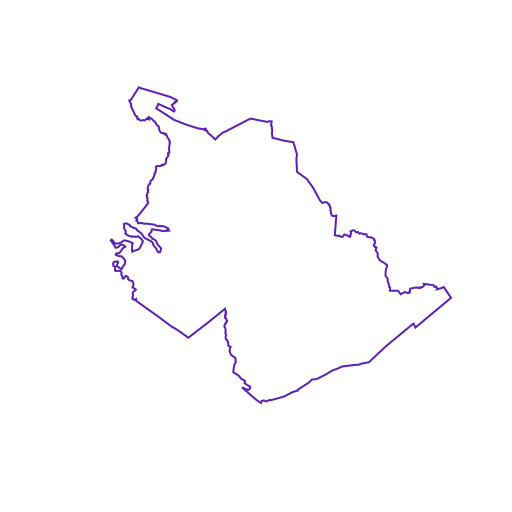 outline of Epitacio Huerta, Michoacán, Mexico, rotated 121°
{"feature_id": "50627088B38339693807546", "entity_name": "Epitacio Huerta", "entity_type": "district", "adm_level": 2, "iso_a3": "MEX", "parent_name": "Mexico", "parent_adm1": "Michoacán", "projection": "albers", "projection_center": [-100.284, 20.143], "detail": "fine", "context": "isolated", "style": "outline", "palette": "violet", "viewbox_px": 512, "rotation_deg": 121, "n_neighbors": 0, "source": "geoboundaries", "source_scale": "gbopen_adm2", "svg_char_len": 6147}
<svg xmlns="http://www.w3.org/2000/svg" viewBox="0 0 512 512"><g transform="rotate(121 256 256)"><path d="M171.7,442.2L171.8,443.3L186.8,443.7L188.0,444.7L190.3,441.1L192.1,440.2L197.4,432.2L197.9,431.0L197.5,430.2L199.4,428.4L198.6,428.2L199.5,425.8L198.8,423.8L197.6,422.7L197.2,421.3L193.3,419.9L194.5,419.5L193.7,418.7L193.9,418.0L192.2,418.4L192.2,415.5L193.1,412.8L192.8,412.4L192.9,411.6L194.2,409.8L195.0,407.6L195.0,406.2L197.8,403.7L198.8,402.2L199.2,400.7L197.9,396.8L198.7,397.1L198.8,396.8L198.5,396.0L198.7,394.4L199.9,393.1L200.8,390.9L202.3,389.0L202.9,388.7L202.8,388.4L208.5,386.0L211.9,383.5L212.9,384.4L214.1,383.8L214.2,383.2L215.9,382.8L219.5,382.9L221.6,381.5L223.4,381.2L225.7,382.2L225.7,383.0L226.7,383.1L226.9,383.9L228.0,384.1L228.6,384.6L229.2,386.4L230.9,387.8L231.6,387.5L232.1,386.8L233.1,386.2L234.3,386.2L235.1,385.4L235.5,385.6L236.7,385.1L237.5,385.6L238.3,384.9L240.3,384.6L240.9,384.3L242.1,384.4L242.9,384.1L244.3,384.4L245.0,384.9L247.0,384.7L248.5,383.9L249.5,384.6L251.3,384.5L254.2,383.6L254.8,382.9L254.8,382.4L255.6,382.3L256.4,381.5L256.6,381.7L260.2,381.0L260.3,380.5L260.8,380.6L261.9,379.5L262.0,378.9L264.7,377.7L265.2,376.3L266.1,375.8L270.2,376.1L281.2,377.6L282.9,377.9L285.3,379.0L285.4,377.0L286.3,376.5L286.7,376.9L287.4,376.7L287.1,375.9L288.7,373.9L286.5,371.0L286.0,368.4L285.2,367.6L281.4,359.2L281.4,357.1L280.8,354.9L279.9,354.4L279.1,352.2L278.5,351.5L277.7,348.7L277.7,344.9L278.0,344.7L279.1,345.4L279.3,343.9L282.9,349.1L283.6,351.9L284.5,353.6L286.5,358.7L286.9,359.0L287.6,358.9L288.6,358.2L290.0,358.3L291.8,358.8L293.0,358.7L293.5,358.1L293.8,355.1L294.6,353.9L294.2,352.5L294.5,349.6L296.8,346.4L298.2,341.3L302.0,340.2L302.4,340.3L303.0,341.3L303.2,342.1L300.7,346.1L299.7,349.4L297.8,351.4L297.4,354.0L297.9,360.0L297.5,362.1L295.7,365.7L295.2,370.9L294.3,373.2L294.9,375.3L295.2,379.0L294.9,379.9L294.3,380.5L294.7,381.9L294.6,383.5L296.1,385.5L296.6,385.7L300.1,383.4L302.1,380.1L303.9,379.7L303.9,378.8L304.4,378.1L304.2,374.9L303.5,373.4L303.5,372.1L302.7,371.7L301.7,369.8L301.5,368.7L299.9,367.3L299.8,366.8L300.4,363.2L301.6,360.5L307.2,359.8L309.9,359.8L310.9,360.2L314.8,363.6L316.0,364.2L314.8,365.3L310.0,368.0L308.5,368.2L308.8,371.4L309.4,374.4L310.6,377.2L313.9,378.6L316.7,381.0L317.8,383.1L316.8,385.9L316.3,388.0L316.5,388.5L317.5,388.5L319.4,383.9L321.2,380.8L321.1,380.1L318.9,378.5L316.6,378.0L315.4,377.0L315.1,375.5L315.1,372.8L315.7,372.8L317.3,373.9L318.7,374.4L320.1,374.2L323.9,374.7L326.0,377.2L327.0,377.1L327.3,376.5L326.8,373.8L325.5,370.9L326.3,367.7L327.5,365.6L330.9,364.2L332.2,364.6L334.1,364.7L335.6,364.3L336.6,364.6L336.2,370.3L334.7,370.8L332.8,370.7L332.0,371.2L331.9,371.8L333.9,374.5L334.8,374.9L336.0,374.6L337.5,373.6L337.9,373.1L337.8,371.1L340.5,369.7L341.1,369.1L341.0,368.1L339.3,366.0L338.8,365.1L338.8,364.2L339.2,362.9L339.7,362.4L341.1,362.1L341.6,361.6L341.9,360.3L343.2,359.6L343.9,358.2L343.0,357.6L340.5,357.6L339.9,356.5L340.2,354.6L341.5,354.0L342.0,352.3L341.2,349.3L341.3,348.6L343.2,346.5L344.5,345.9L345.8,346.0L346.4,345.7L346.6,345.3L346.4,344.3L346.6,341.7L347.9,341.8L349.3,342.6L350.5,342.8L352.1,342.1L353.3,340.9L355.3,340.5L356.5,339.7L356.1,338.6L356.2,337.5L354.6,336.7L356.2,335.4L358.5,306.2L360.1,290.9L359.8,290.8L359.9,284.5L360.9,271.9L338.1,263.0L317.3,255.4L318.6,254.4L318.8,253.4L319.3,252.8L320.4,252.9L320.7,252.5L320.5,252.3L321.8,251.6L322.5,251.6L322.7,252.0L324.4,251.1L324.4,250.2L325.1,250.2L325.6,248.8L326.5,247.4L327.2,247.1L328.4,247.6L329.3,247.1L329.9,247.5L331.0,247.4L332.9,246.7L333.6,245.2L335.0,244.0L336.3,243.1L337.4,242.9L338.2,242.2L339.0,241.1L341.5,240.2L342.7,239.1L343.0,237.2L344.0,236.4L344.1,235.7L347.1,233.6L347.0,231.0L349.7,230.5L351.5,229.2L353.6,226.7L354.1,220.9L356.9,219.3L357.1,218.7L360.5,218.6L367.2,215.8L367.6,208.4L368.8,206.2L368.7,201.1L371.0,200.3L371.1,193.6L373.1,192.9L374.6,193.5L375.5,196.6L375.6,199.3L376.0,199.4L379.0,182.7L379.4,178.3L379.4,175.9L377.4,176.5L376.3,175.6L375.6,174.1L375.5,172.4L372.2,170.1L372.5,169.5L361.9,159.5L353.7,154.5L349.7,150.8L349.2,151.4L337.1,145.4L333.2,144.5L330.1,140.5L322.0,135.4L314.8,131.6L310.4,128.0L306.4,125.3L297.5,114.0L296.8,112.5L293.7,109.9L288.9,104.5L266.9,98.3L233.1,86.4L232.8,86.2L235.2,82.5L191.4,67.3L185.9,79.0L188.8,81.2L191.4,83.8L190.4,83.9L189.7,85.3L189.5,86.3L190.6,87.0L189.6,88.7L193.4,97.8L194.3,96.7L195.9,97.0L196.8,97.3L198.8,99.7L199.1,99.2L200.2,101.2L200.2,102.3L204.6,107.0L207.6,106.1L207.4,105.7L208.3,105.4L209.7,107.1L210.2,109.9L214.3,112.3L212.6,116.3L216.8,123.4L214.1,124.6L213.9,125.8L211.8,127.6L209.9,130.0L207.6,131.5L206.3,134.7L203.2,136.6L200.5,137.7L197.8,138.2L196.3,139.0L196.0,141.7L195.9,147.5L194.0,151.3L192.4,152.4L191.0,152.9L189.5,156.5L186.7,157.1L186.5,157.7L187.0,158.6L186.4,160.5L183.5,160.7L182.1,162.1L181.5,162.1L181.5,162.9L180.6,163.4L180.6,166.8L181.4,167.9L181.6,169.0L182.1,169.5L182.2,170.5L182.0,171.1L180.7,172.1L180.6,173.0L181.0,173.9L181.9,174.6L182.1,176.4L182.7,178.3L183.6,178.9L182.9,181.1L183.9,181.7L183.9,183.6L183.4,184.9L183.9,186.0L186.3,187.7L187.9,185.9L189.6,185.9L190.7,185.1L191.2,185.4L191.4,186.4L191.2,187.3L191.8,190.8L192.4,191.5L194.6,191.5L195.4,192.1L195.7,193.5L195.7,195.3L196.3,195.5L197.7,199.1L179.9,208.0L182.0,210.2L182.2,211.5L181.1,213.7L179.1,214.7L178.6,215.9L176.5,216.6L176.2,217.5L175.4,218.1L175.1,219.2L174.0,219.6L173.9,220.0L174.1,221.4L173.5,222.2L173.8,223.7L174.3,224.7L175.5,225.4L176.4,226.5L175.3,230.0L167.7,243.0L164.2,251.3L163.9,251.5L162.7,264.2L152.7,270.9L149.4,272.6L148.2,272.8L139.2,282.6L142.6,291.0L146.2,302.7L141.7,306.2L140.9,306.2L136.5,309.5L136.5,310.3L132.6,311.9L133.9,314.4L135.2,315.3L141.1,331.6L165.4,346.5L166.8,347.8L172.3,349.8L177.1,350.9L175.8,356.5L175.4,360.0L175.0,360.9L174.0,361.9L174.4,363.9L173.6,363.5L172.8,364.9L174.5,366.5L176.6,371.8L179.3,383.4L181.5,396.1L180.8,417.6L178.9,417.8L177.7,417.6L175.9,418.1L175.0,409.6L174.2,405.1L174.5,400.8L173.9,400.5L172.9,400.9L171.9,401.9L171.3,404.0L169.7,405.9L166.3,404.4L165.9,404.9L164.3,403.5L163.2,404.0L163.7,410.9L171.7,442.2Z" fill="none" stroke="#5b21b6" stroke-width="2"/></g></svg>